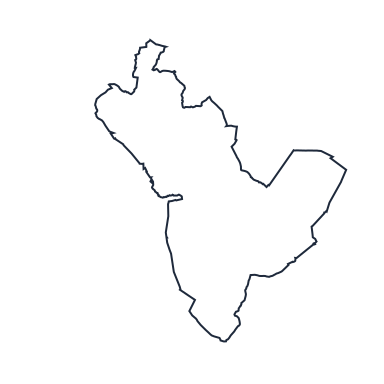 Jiquilpan, Michoacán, Mexico, rotated 34°
{"feature_id": "50627088B31285404529678", "entity_name": "Jiquilpan", "entity_type": "district", "adm_level": 2, "iso_a3": "MEX", "parent_name": "Mexico", "parent_adm1": "Michoacán", "projection": "robinson", "projection_center": [-102.775, 19.967], "detail": "fine", "context": "isolated", "style": "outline", "palette": "slate", "viewbox_px": 384, "rotation_deg": 34, "n_neighbors": 0, "source": "geoboundaries", "source_scale": "gbopen_adm2", "svg_char_len": 5880}
<svg xmlns="http://www.w3.org/2000/svg" viewBox="0 0 384 384"><g transform="rotate(34 192 192)"><path d="M236.7,279.8L254.8,279.8L256.4,292.2L261.2,294.2L264.6,294.6L265.8,294.7L267.4,295.2L268.8,296.0L273.6,297.4L280.4,298.7L284.4,299.3L286.6,299.7L288.5,299.9L291.2,299.3L296.4,297.6L298.2,298.6L298.7,299.1L301.7,298.2L302.7,297.6L303.7,296.8L303.3,295.4L304.2,294.0L304.4,291.8L304.3,289.3L305.0,284.0L304.9,281.8L305.1,277.9L305.1,277.6L305.6,276.8L305.8,275.6L305.6,274.8L305.0,274.0L303.8,272.7L302.4,271.4L301.2,270.4L298.8,269.9L296.7,270.5L295.6,269.7L295.4,266.7L296.6,265.2L296.9,264.3L295.8,262.3L295.9,260.8L295.7,260.0L296.1,259.0L295.7,257.9L295.7,257.5L295.0,256.4L296.1,252.4L294.6,248.1L293.8,246.5L291.4,244.2L291.0,243.6L291.0,241.9L290.4,240.4L290.5,239.0L290.0,237.1L288.5,233.7L288.4,232.2L287.0,228.1L290.4,225.5L292.7,224.5L294.8,223.9L296.9,222.6L298.3,221.5L299.7,220.7L301.1,220.3L303.4,219.2L304.1,218.1L305.5,216.6L306.2,215.4L306.4,214.8L306.7,214.4L307.7,212.3L308.8,211.0L310.7,207.9L311.0,206.9L312.8,198.5L311.8,198.0L314.4,193.6L314.8,193.7L315.8,192.4L316.1,191.5L315.7,190.5L314.9,189.2L314.5,188.9L314.9,188.7L315.2,188.7L315.6,188.3L321.9,167.7L322.1,167.8L322.4,167.5L323.0,166.7L321.7,166.5L321.9,166.1L322.6,166.1L322.9,163.4L322.6,163.3L320.4,162.0L317.5,162.0L315.6,159.7L310.5,153.8L311.0,152.5L313.6,135.7L313.2,135.2L313.5,135.0L314.0,132.8L314.6,132.9L311.9,123.9L309.9,100.2L309.6,99.1L307.4,87.4L288.0,86.5L289.0,84.1L276.2,85.8L275.4,86.2L273.3,87.4L272.8,87.6L265.0,92.7L263.4,93.9L256.7,98.2L253.2,100.6L252.9,100.6L252.9,105.1L252.8,107.1L252.2,143.4L251.4,143.4L251.0,146.2L246.6,145.4L246.4,145.4L246.3,145.6L246.2,145.9L245.6,145.8L243.6,145.7L243.2,145.8L243.0,146.1L242.6,146.2L242.0,146.6L241.3,146.1L240.2,146.2L239.7,146.5L239.3,146.6L238.7,146.8L238.3,146.8L238.0,146.9L236.7,147.2L235.6,147.2L235.1,147.0L234.6,147.0L233.7,146.8L233.6,146.6L233.4,146.6L233.0,146.6L232.7,146.8L232.4,146.8L231.8,146.1L230.5,145.5L229.0,144.9L228.0,144.7L226.8,144.5L225.8,144.6L223.9,145.1L220.9,146.3L220.3,146.2L220.0,145.9L218.3,143.5L216.4,141.7L215.4,140.9L214.1,140.1L212.9,139.5L211.6,138.8L209.8,138.1L208.8,137.4L199.5,132.3L200.3,128.2L200.0,124.1L199.8,123.9L199.7,123.9L198.5,124.2L198.2,123.6L194.7,116.8L192.7,112.7L191.3,113.6L189.2,114.5L187.4,115.1L184.6,117.3L183.6,118.2L183.7,117.2L182.5,116.0L177.8,112.7L177.5,112.7L177.0,112.2L176.3,111.7L175.6,111.0L174.0,109.8L171.9,107.9L165.6,106.7L164.5,106.4L160.7,105.8L158.0,105.5L156.6,105.1L153.4,103.3L152.5,105.4L152.3,107.8L150.2,112.0L150.5,113.3L150.8,113.9L151.6,114.8L151.5,115.3L151.1,116.1L147.1,118.4L146.7,119.6L145.4,121.3L143.4,121.7L143.1,122.7L139.0,125.2L138.7,126.3L137.7,126.8L137.1,126.8L136.8,126.5L136.2,126.1L133.9,123.6L134.0,122.8L133.8,122.1L133.5,121.7L133.2,121.5L132.5,121.5L131.7,119.3L131.3,118.8L130.4,118.5L129.0,117.5L128.7,116.8L128.8,115.2L128.2,112.9L128.4,111.1L128.2,110.1L127.8,109.5L127.2,109.2L126.2,108.2L125.5,108.1L124.1,108.0L123.5,107.8L122.9,107.9L122.4,107.7L121.8,107.7L120.8,107.8L119.3,107.3L116.1,106.8L115.1,106.2L114.4,105.4L114.0,105.4L112.4,104.2L110.9,103.9L110.8,102.7L111.0,101.8L109.9,101.5L108.8,103.2L108.4,103.7L105.5,104.6L103.9,105.4L101.4,106.8L100.4,107.5L99.6,108.4L98.8,110.1L98.5,110.5L98.1,110.6L97.6,110.5L97.1,110.5L96.1,110.1L94.5,109.7L93.9,109.7L93.6,110.1L93.4,110.7L93.0,111.5L92.2,112.5L90.8,112.6L90.8,110.5L90.5,110.3L90.4,110.1L90.4,109.6L90.8,106.8L90.6,105.6L90.4,104.8L89.6,102.9L89.3,102.6L89.2,102.0L89.1,101.5L89.4,101.1L90.0,100.5L88.7,97.9L88.5,97.6L88.3,94.6L88.1,94.0L88.6,93.6L89.7,92.0L89.9,91.3L89.8,90.9L89.5,90.5L89.0,89.0L88.7,88.2L88.5,87.8L88.4,87.1L89.1,86.2L88.4,86.4L85.4,87.6L82.7,88.4L81.8,88.8L81.2,88.9L80.1,89.5L79.7,89.7L75.1,89.5L72.5,89.4L72.6,89.6L70.9,94.3L72.8,96.9L73.0,97.3L68.3,101.4L68.7,102.0L69.4,104.1L69.4,104.5L69.5,105.0L69.7,105.5L70.2,106.1L70.7,106.5L70.2,107.9L69.3,109.0L68.5,110.2L70.1,111.2L70.5,111.9L71.0,112.3L71.2,112.6L71.4,113.0L71.4,113.9L71.2,114.1L71.1,114.4L73.2,116.1L73.7,117.2L74.8,120.4L75.2,121.1L76.1,120.4L76.3,121.6L76.6,123.8L76.5,124.9L76.7,126.0L77.2,127.3L78.0,128.5L78.8,129.2L79.2,129.4L83.0,127.5L87.5,136.5L86.9,139.5L87.4,140.0L87.8,140.9L87.7,141.9L87.5,142.4L87.3,143.8L87.0,144.8L86.5,145.1L84.1,145.3L83.9,145.3L83.6,145.1L83.1,145.1L82.7,145.3L82.1,145.9L81.5,145.8L81.3,145.7L80.6,145.6L79.4,146.6L79.5,146.9L77.7,147.2L74.4,146.7L72.5,145.7L71.4,145.6L69.9,145.6L68.0,145.8L67.0,146.1L65.4,147.4L64.1,148.2L63.6,148.6L63.1,149.4L67.4,150.7L65.1,154.2L64.6,157.8L62.4,162.6L61.0,168.2L62.6,173.1L63.2,174.2L64.0,174.6L65.3,175.7L66.0,176.4L67.2,176.7L68.1,177.7L68.2,178.4L68.2,179.4L68.0,179.8L67.9,180.7L69.5,181.6L70.5,182.7L72.6,183.4L73.4,183.3L74.3,183.4L74.7,183.2L77.3,183.0L79.4,183.6L83.1,185.4L89.3,187.9L90.5,187.8L93.8,187.0L92.0,189.0L97.5,191.3L98.1,191.2L98.4,190.5L99.4,191.0L108.3,190.9L109.2,191.5L120.4,193.9L132.6,197.6L132.8,197.8L134.4,196.9L135.0,196.5L135.8,195.7L139.0,200.0L139.7,198.3L143.1,200.3L142.9,200.9L149.0,203.3L149.9,202.7L149.8,203.2L150.1,203.3L151.2,204.0L151.7,206.5L153.4,206.7L152.8,204.7L153.9,205.2L155.9,207.8L156.2,210.5L156.9,211.0L158.0,211.2L158.0,211.3L158.7,211.4L159.9,211.4L160.5,211.7L161.1,212.3L161.9,212.2L163.3,212.5L163.9,212.1L164.3,212.2L165.2,213.3L165.5,213.2L166.2,213.2L166.5,214.0L166.9,214.0L167.6,213.7L168.8,213.8L170.2,213.2L171.0,213.0L171.4,212.0L172.3,211.6L172.7,210.8L173.7,210.3L173.8,208.9L174.8,208.5L175.1,207.3L176.3,206.9L177.3,205.8L177.4,205.4L177.6,205.5L178.1,205.0L178.8,205.2L181.6,203.3L182.6,201.5L184.4,201.3L186.0,201.4L187.7,203.4L183.6,207.8L182.8,207.8L180.4,210.7L178.0,212.8L178.6,214.3L178.9,215.4L185.9,225.3L192.9,240.2L195.6,243.2L196.7,243.7L196.3,244.0L199.8,247.9L205.8,252.5L209.1,254.8L221.6,268.4L234.7,277.3L236.8,279.1L236.7,279.8Z" fill="none" stroke="#1e293b" stroke-width="2"/></g></svg>